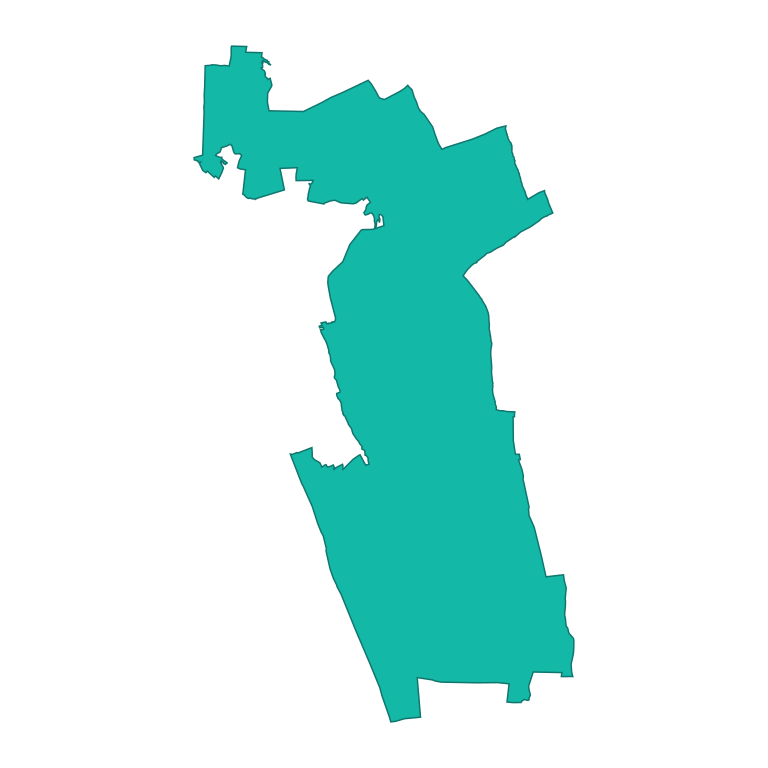 outline of Beresti-Meria, Galati, Romania
{"feature_id": "2599482B493260480415", "entity_name": "Beresti-Meria", "entity_type": "district", "adm_level": 2, "iso_a3": "ROU", "parent_name": "Romania", "parent_adm1": "Galati", "projection": "albers", "projection_center": [27.919, 46.071], "detail": "fine", "context": "isolated", "style": "filled", "palette": "teal", "viewbox_px": 768, "rotation_deg": 0, "n_neighbors": 0, "source": "geoboundaries", "source_scale": "gbopen_adm2", "svg_char_len": 6069}
<svg xmlns="http://www.w3.org/2000/svg" viewBox="0 0 768 768"><path d="M547.4,215.8L547.5,215.4L552.8,213.0L548.7,203.3L547.5,199.1L544.6,192.3L544.5,190.6L538.8,192.8L527.6,199.4L527.3,197.7L526.6,197.2L526.4,195.8L525.6,194.6L525.6,193.4L525.0,191.7L522.2,185.6L521.8,183.2L520.6,180.1L520.7,178.9L519.3,174.7L519.4,173.6L518.6,172.4L518.0,170.0L516.1,166.6L515.7,165.0L515.0,164.2L514.7,162.0L515.0,160.7L514.4,159.8L513.8,156.7L512.8,155.6L512.7,153.5L511.8,152.1L512.0,150.5L511.7,149.4L512.1,148.5L511.7,147.7L512.0,146.7L511.7,145.0L511.0,144.5L511.1,143.1L509.5,141.5L508.1,138.4L507.7,136.4L507.0,135.3L507.2,134.4L506.8,133.9L506.8,133.4L506.1,132.3L506.2,131.6L505.4,128.8L505.9,125.9L496.8,128.2L484.9,134.1L472.2,139.2L445.7,147.6L441.9,149.3L439.1,144.8L437.7,141.6L434.8,133.7L432.7,127.0L424.1,114.4L420.7,111.5L418.5,108.1L416.2,101.3L414.2,97.1L412.0,89.7L408.9,86.8L407.8,85.3L404.4,88.5L399.6,91.6L384.5,99.5L380.0,98.2L378.9,97.2L375.5,90.8L371.2,83.8L368.2,80.3L343.0,92.3L330.9,97.5L321.7,102.6L303.4,111.5L269.0,110.8L267.4,102.0L267.7,93.1L271.7,86.1L271.8,84.6L270.1,78.3L268.0,79.5L267.6,78.5L265.6,76.9L264.9,75.6L265.4,74.4L265.1,74.1L265.3,73.1L264.4,70.9L261.0,68.2L261.2,67.7L262.1,67.9L262.7,67.0L262.5,64.7L261.8,62.5L262.9,62.9L263.1,61.6L262.6,60.7L263.0,60.4L265.6,62.4L266.9,62.4L268.9,64.4L271.0,65.0L268.4,63.0L268.9,61.9L267.6,61.3L267.1,60.2L265.8,59.9L263.3,58.3L262.7,57.5L261.5,57.1L262.0,52.7L245.7,52.3L246.7,46.5L231.6,46.1L231.2,47.6L231.2,56.3L229.1,66.1L224.7,65.4L220.7,65.8L216.3,65.0L211.8,64.8L210.5,65.3L205.2,65.7L204.7,85.8L204.2,95.4L204.4,102.4L203.9,106.8L204.1,112.7L202.6,155.2L194.1,157.6L194.3,159.9L198.0,161.0L198.0,161.8L198.6,162.1L200.7,162.1L199.4,163.4L202.8,170.5L205.9,172.7L207.3,171.1L214.2,177.4L215.5,176.0L218.7,178.9L221.7,172.8L223.4,168.2L223.1,167.0L221.6,164.6L221.3,162.9L220.4,162.3L221.1,160.9L223.2,162.5L223.5,163.5L225.4,164.4L225.8,163.8L226.8,163.5L227.1,162.8L222.0,159.2L221.8,157.3L220.0,157.4L218.6,156.9L215.6,155.5L215.9,154.7L217.2,153.5L220.0,152.1L221.5,147.7L227.1,145.9L230.0,144.3L231.9,145.7L233.7,151.9L234.8,153.6L235.8,153.9L239.7,153.7L241.7,155.5L239.1,161.1L237.5,167.7L240.2,169.0L245.5,169.7L242.8,194.2L243.8,194.6L246.9,197.8L248.4,198.4L251.0,198.3L252.4,198.9L255.3,198.9L255.4,199.3L257.3,198.2L284.4,189.9L280.0,168.4L297.3,167.7L296.2,173.9L296.0,177.2L296.1,180.6L313.2,180.4L311.8,183.4L311.3,183.9L310.0,184.0L308.7,183.3L310.5,186.0L309.7,187.9L308.2,194.5L308.0,197.3L307.5,198.5L308.0,200.7L308.4,201.0L324.0,204.0L324.7,203.0L330.2,201.0L334.7,200.2L340.9,202.8L353.0,203.8L356.0,203.1L361.9,198.7L362.5,198.7L363.4,200.1L366.9,197.2L370.4,202.3L367.1,205.0L366.3,206.9L365.9,209.6L363.9,212.6L364.7,214.4L365.4,215.0L368.1,214.2L370.4,212.9L372.2,213.3L373.9,216.4L374.4,218.1L374.4,221.2L375.2,224.1L374.8,227.6L374.4,228.5L375.3,228.1L376.4,225.7L376.5,222.3L377.7,219.6L378.5,219.5L379.3,222.0L379.6,221.9L379.9,219.4L379.7,218.3L378.9,217.2L379.3,214.6L380.8,214.6L381.8,215.3L382.9,216.8L383.9,225.7L372.6,229.4L362.3,229.6L361.0,230.3L349.8,244.6L342.8,261.7L332.5,271.3L328.6,276.0L328.2,277.0L327.8,282.7L328.4,287.1L330.4,298.2L335.5,317.7L335.5,319.5L334.7,321.7L332.7,321.8L331.7,322.2L332.0,322.6L328.6,323.6L328.4,323.2L326.7,323.7L325.8,321.9L322.5,322.6L321.9,323.5L321.7,322.8L321.1,322.9L321.8,325.5L319.2,326.2L319.8,327.9L323.3,327.1L323.7,329.2L320.5,329.9L321.5,333.2L325.8,341.3L327.2,344.8L328.8,350.4L328.9,353.0L330.1,355.1L330.6,359.1L330.6,361.0L334.5,369.6L334.9,372.0L334.9,375.4L334.3,376.4L334.6,378.3L336.4,380.1L338.3,386.9L339.9,390.0L340.1,391.5L339.8,392.3L336.6,393.5L336.8,395.3L337.9,398.3L339.7,400.1L341.4,403.5L341.4,404.1L341.2,404.4L342.2,410.9L343.3,412.9L342.8,413.3L343.9,415.6L344.8,415.9L348.0,422.9L348.5,424.5L351.4,428.4L352.9,433.6L356.6,439.2L358.7,441.5L359.7,443.7L361.9,446.3L361.9,449.0L364.6,450.4L365.0,453.0L365.0,455.1L366.4,455.6L368.2,458.1L368.0,460.0L369.0,464.2L365.7,465.2L360.1,454.8L359.1,455.2L353.2,459.2L343.1,469.4L342.7,467.3L343.0,465.9L342.5,464.3L336.3,467.5L333.8,469.5L333.5,468.8L334.7,468.0L333.2,465.0L330.5,466.3L327.5,467.1L326.1,464.8L325.2,464.8L321.8,467.1L319.9,462.8L314.4,459.6L312.5,457.4L312.1,456.0L312.3,454.8L311.9,447.6L298.1,452.9L296.8,452.6L292.6,454.3L290.3,454.1L301.8,483.7L303.1,486.0L312.3,506.6L317.7,523.4L321.2,532.2L323.2,535.8L326.3,548.3L326.3,549.6L326.0,550.6L330.0,568.7L333.4,578.4L336.9,585.5L337.0,586.6L341.2,594.5L355.2,629.1L369.8,663.3L379.8,687.7L382.0,695.8L389.5,717.3L390.8,721.9L395.6,721.3L404.5,718.7L420.5,717.2L417.2,677.6L432.4,679.9L435.3,681.0L441.0,682.1L476.9,682.8L497.6,682.6L509.1,683.8L507.0,702.0L512.8,702.6L521.0,702.5L522.1,700.9L524.3,699.5L527.3,700.3L528.2,700.3L529.1,699.7L529.0,698.2L530.3,695.4L530.3,694.8L529.1,689.9L528.6,686.2L533.2,672.0L561.9,672.6L561.3,676.6L572.8,676.5L571.7,672.5L571.1,664.3L573.3,654.1L573.7,650.0L573.9,641.4L573.6,639.0L573.2,638.1L568.9,633.2L567.7,628.2L566.3,626.2L566.0,624.8L565.4,618.6L564.6,614.5L565.4,605.8L565.5,601.0L565.2,599.0L566.2,587.8L564.3,580.9L563.5,574.8L546.0,576.8L541.3,555.7L534.2,527.3L529.1,515.6L528.5,509.3L529.1,507.1L523.0,479.0L523.4,476.1L522.0,469.7L518.5,460.0L520.3,459.6L519.3,454.3L515.8,454.3L515.2,453.1L513.3,440.6L513.1,416.9L514.5,416.7L514.4,414.6L514.8,411.9L506.4,411.5L503.5,410.8L499.9,410.7L496.3,409.8L496.3,406.7L495.1,403.8L495.2,401.9L493.2,395.0L492.6,391.6L492.5,388.2L492.9,386.2L492.6,384.7L492.9,383.2L492.4,381.3L491.5,372.5L491.7,367.5L491.5,363.7L490.7,354.4L490.8,350.0L491.7,344.6L491.7,342.9L491.1,341.1L490.4,335.4L490.2,335.5L489.7,331.3L489.1,329.1L489.4,324.6L488.9,320.3L488.8,316.3L488.2,312.8L485.8,306.4L482.0,300.1L481.8,299.1L480.4,297.7L478.9,295.3L467.4,280.3L463.1,275.8L467.4,269.7L471.6,265.4L474.4,263.2L476.4,262.8L476.9,262.3L476.7,261.7L485.0,255.2L486.8,253.3L490.2,252.3L496.8,248.2L503.5,245.0L506.0,242.2L513.7,237.1L514.7,236.6L514.8,237.0L520.7,231.9L530.7,226.7L539.3,220.7L541.5,218.5L544.7,216.7L547.4,215.8Z" fill="#14b8a6" stroke="#0f766e" stroke-width="1.5"/></svg>